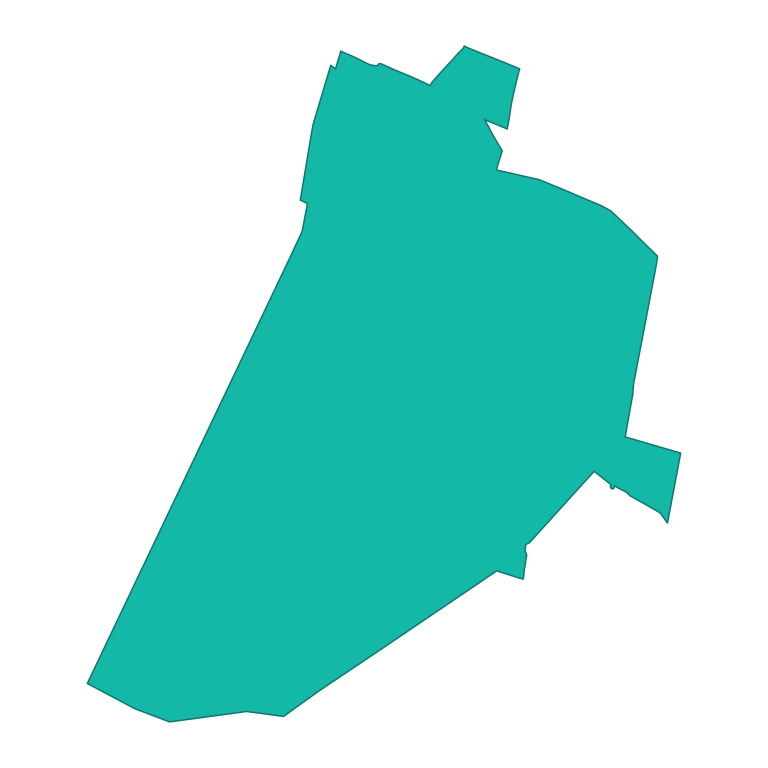 Santa María del Tule, Oaxaca, Mexico
{"feature_id": "50627088B60883552057189", "entity_name": "Santa María del Tule", "entity_type": "district", "adm_level": 2, "iso_a3": "MEX", "parent_name": "Mexico", "parent_adm1": "Oaxaca", "projection": "equal_earth", "projection_center": [-96.623, 17.031], "detail": "fine", "context": "isolated", "style": "filled", "palette": "teal", "viewbox_px": 768, "rotation_deg": 0, "n_neighbors": 0, "source": "geoboundaries", "source_scale": "gbopen_adm2", "svg_char_len": 2161}
<svg xmlns="http://www.w3.org/2000/svg" viewBox="0 0 768 768"><path d="M657.5,256.2L639.3,238.4L634.2,233.1L610.8,210.9L601.1,205.6L582.6,197.8L577.0,195.4L575.6,194.8L572.1,193.3L561.1,188.7L538.5,179.4L533.8,178.5L497.5,170.2L496.5,169.7L499.4,159.7L502.2,151.0L499.7,146.7L492.7,134.7L484.8,119.7L504.5,127.8L505.0,128.0L507.2,128.9L508.9,120.4L511.3,104.2L512.1,100.5L512.8,97.0L513.6,93.3L514.4,90.0L515.2,86.7L516.0,83.1L516.8,79.8L516.9,79.6L518.8,71.8L519.6,68.8L516.2,67.4L515.8,67.2L507.4,63.8L503.5,62.1L503.1,62.0L491.9,57.5L480.9,53.1L476.8,51.4L466.8,47.4L464.3,46.1L463.2,48.3L458.0,53.5L456.0,55.7L452.8,59.4L448.2,64.3L442.3,70.7L436.7,76.9L432.1,82.2L430.9,84.2L430.3,85.6L427.9,84.4L423.6,82.4L422.5,81.9L420.7,81.0L419.4,80.4L418.5,80.0L412.4,77.2L409.8,76.1L395.5,70.3L387.4,66.6L383.7,64.9L382.7,64.5L381.5,63.9L380.7,63.6L379.3,63.6L378.2,64.6L377.6,65.3L377.1,65.8L375.4,65.7L371.5,65.1L368.3,64.1L355.4,57.6L351.8,56.0L340.8,51.2L339.3,56.3L335.6,68.6L334.4,67.9L330.7,65.5L321.7,95.6L313.0,124.8L312.7,126.3L310.6,138.6L300.3,200.1L307.0,203.3L307.5,203.4L303.0,226.9L302.1,231.6L289.9,257.7L87.3,683.5L135.0,708.8L169.6,721.9L246.4,711.5L283.6,716.4L318.0,691.6L379.8,650.1L496.1,571.3L496.6,570.9L516.2,577.1L523.0,579.1L523.8,576.0L524.0,571.9L524.4,568.8L525.2,565.2L525.6,561.7L526.7,555.2L525.1,550.3L525.8,544.4L529.4,542.8L579.9,487.0L594.2,471.3L594.4,471.5L610.9,484.6L610.6,485.7L610.3,486.8L610.5,486.9L611.2,488.5L613.3,488.8L614.9,485.9L618.8,488.4L625.7,491.8L628.2,493.8L630.0,495.7L630.4,496.0L655.6,510.2L656.3,510.6L657.1,511.1L659.0,512.3L660.0,513.0L661.4,514.4L662.1,515.4L662.7,516.4L663.2,517.1L663.8,517.8L664.4,518.6L664.9,519.5L666.1,521.3L666.8,522.1L667.3,522.8L667.5,522.9L670.6,506.5L680.7,453.1L673.5,451.0L672.2,450.6L669.8,449.9L667.8,449.3L664.5,448.4L661.5,447.5L659.0,446.8L655.9,445.8L653.2,445.1L650.7,444.4L645.1,442.7L643.1,442.1L641.0,441.5L638.5,440.8L636.5,440.2L625.2,436.9L630.2,408.5L633.0,393.3L632.7,393.0L633.7,383.3L640.8,346.2L646.3,317.6L648.2,307.6L649.9,298.5L652.1,287.0L654.8,272.8L656.1,266.1L656.5,264.1L657.5,256.2Z" fill="#14b8a6" stroke="#0f766e" stroke-width="1.5"/></svg>